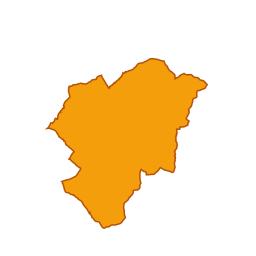 outline of Agnita, Sibiu, Romania, rotated 51°
{"feature_id": "2599482B25260320092709", "entity_name": "Agnita", "entity_type": "district", "adm_level": 2, "iso_a3": "ROU", "parent_name": "Romania", "parent_adm1": "Sibiu", "projection": "orthographic", "projection_center": [24.621, 46.003], "detail": "fine", "context": "isolated", "style": "filled", "palette": "amber", "viewbox_px": 256, "rotation_deg": 51, "n_neighbors": 0, "source": "geoboundaries", "source_scale": "gbopen_adm2", "svg_char_len": 5783}
<svg xmlns="http://www.w3.org/2000/svg" viewBox="0 0 256 256"><g transform="rotate(51 128 128)"><path d="M191.1,209.0L191.3,207.8L191.3,206.9L191.5,206.3L192.4,205.7L192.7,205.2L192.8,203.4L193.0,202.3L193.7,200.8L195.0,199.4L195.5,198.6L196.5,196.3L197.4,193.8L197.3,191.8L196.7,190.3L196.2,187.1L195.8,186.3L193.1,185.3L191.5,184.2L189.7,182.8L188.8,182.5L187.0,181.4L186.1,180.7L184.4,178.7L184.0,177.8L183.9,173.2L183.7,172.3L183.1,171.8L182.8,171.1L182.7,170.9L183.1,170.2L183.1,169.9L182.8,169.5L182.5,168.6L182.6,167.8L182.3,166.2L181.8,165.0L180.1,163.3L180.2,162.6L180.9,161.1L181.9,160.1L182.2,159.5L182.3,157.4L181.2,155.7L180.6,155.3L179.9,154.9L179.4,154.0L179.1,152.9L178.8,152.6L175.9,151.3L173.6,149.6L172.5,148.6L171.3,147.9L170.4,147.0L169.9,146.1L169.1,145.3L168.5,143.9L171.5,143.2L171.6,142.9L172.8,142.2L173.7,142.0L174.4,142.0L175.9,143.2L177.1,141.7L179.1,138.5L180.2,137.3L180.3,135.7L180.1,133.1L180.1,132.5L180.3,132.4L180.1,132.0L180.1,131.7L179.1,127.8L183.9,125.9L187.1,123.4L189.0,122.2L190.2,121.7L190.7,121.1L190.7,119.9L190.2,119.5L189.5,118.1L189.0,117.6L188.7,116.9L188.0,116.0L186.3,115.2L184.6,114.1L184.2,113.4L183.8,113.2L183.4,112.7L183.4,112.3L182.8,111.7L182.0,111.3L181.7,110.7L180.9,110.1L180.7,109.6L180.4,109.7L179.9,109.3L179.6,109.4L179.1,109.3L178.7,109.0L178.8,108.6L178.5,107.9L178.2,107.9L177.8,107.4L177.0,107.2L176.5,106.9L175.9,106.8L175.8,106.2L175.2,105.9L174.8,105.4L174.9,104.9L174.8,104.6L174.7,103.8L174.5,103.5L174.4,102.9L173.1,101.7L173.1,101.4L172.1,100.6L172.1,100.4L171.4,100.1L170.2,99.3L168.6,99.0L168.4,99.2L168.1,99.1L168.1,98.8L167.4,98.1L166.8,98.0L166.0,97.0L165.2,96.7L165.2,96.4L164.5,95.7L164.5,95.2L164.0,95.2L163.8,94.5L163.3,94.3L163.4,94.0L163.3,93.7L163.1,93.7L162.4,92.7L161.7,92.5L161.2,92.0L160.6,91.7L159.5,90.9L161.5,88.6L160.6,87.5L160.0,87.1L161.3,85.1L161.8,84.6L162.5,83.2L163.4,79.8L163.3,79.5L162.2,78.8L161.9,78.3L161.7,77.2L161.4,77.0L161.0,76.2L160.4,76.3L158.9,76.9L157.9,76.9L157.2,76.6L156.7,75.7L156.6,75.2L154.8,71.3L154.2,70.6L152.9,69.6L152.5,69.5L151.8,69.5L151.4,67.9L151.2,66.2L150.8,64.8L148.9,62.3L148.6,61.7L148.1,61.1L146.7,59.9L146.4,58.7L146.6,57.8L147.2,56.1L147.2,55.7L147.2,55.2L147.0,54.8L143.8,52.3L142.7,50.7L142.9,50.2L143.9,48.8L144.8,45.3L145.3,44.5L145.5,43.8L145.5,42.6L144.6,41.0L144.2,39.2L139.8,39.4L138.5,39.7L137.9,40.2L137.4,40.8L136.0,41.6L135.6,41.8L134.6,41.7L133.3,41.9L132.6,42.3L131.6,43.2L131.3,43.4L130.9,44.0L130.4,44.5L128.8,45.0L127.6,44.9L126.1,45.5L125.6,46.1L124.4,47.9L123.3,49.1L121.5,50.1L120.9,50.1L120.8,50.3L119.8,55.0L120.4,55.5L119.9,58.0L119.5,58.9L119.5,60.6L119.3,60.6L118.5,59.8L116.4,58.2L115.7,58.4L114.5,58.3L111.3,58.9L110.2,59.4L108.1,59.5L106.0,59.2L105.7,59.1L105.2,58.6L103.6,58.9L101.6,58.9L98.6,57.9L96.9,59.6L94.8,61.0L94.1,61.3L93.0,62.1L89.5,65.4L88.6,66.6L88.1,67.9L87.7,71.1L87.0,73.7L86.5,75.9L85.3,77.6L84.5,79.4L84.5,80.2L84.8,81.4L85.1,82.9L85.4,83.6L85.4,84.1L85.2,85.2L85.5,86.9L85.5,87.7L84.8,89.6L84.7,90.3L84.1,91.0L84.1,91.6L83.8,92.3L83.8,92.8L83.5,93.4L83.5,93.9L83.3,94.2L82.9,94.2L82.6,94.5L82.8,94.7L82.7,95.1L83.2,95.8L83.2,96.2L82.6,96.9L81.9,97.1L82.1,97.5L82.7,98.0L83.1,99.3L83.4,99.9L84.0,100.6L83.8,101.4L84.0,101.8L84.2,103.0L84.0,103.3L83.9,103.8L84.6,104.4L84.3,105.9L84.5,106.4L84.3,106.8L84.3,107.2L84.6,107.8L84.3,109.1L84.4,109.5L84.9,109.7L84.9,110.0L84.3,110.2L84.4,110.4L84.5,110.9L84.2,111.2L84.2,111.5L84.4,111.7L84.7,112.4L84.4,112.9L84.8,113.3L84.6,114.0L84.6,114.5L84.4,114.9L84.6,115.3L84.5,115.9L84.2,116.2L85.1,117.0L84.8,117.3L84.9,117.9L71.3,116.0L70.4,115.4L70.3,115.8L69.8,116.7L69.4,117.7L69.0,119.7L69.5,121.1L70.2,121.9L70.0,122.6L69.2,123.3L67.9,126.2L68.0,126.5L68.3,127.5L68.4,128.0L68.2,128.7L67.8,129.4L67.7,131.5L67.4,132.7L67.3,133.0L65.2,135.3L64.2,135.8L63.5,136.5L63.2,137.2L62.5,138.8L62.2,139.2L62.0,140.1L61.1,141.9L59.9,143.5L59.9,144.2L60.0,145.5L59.8,145.9L59.3,146.3L59.3,146.5L59.0,147.2L58.6,147.4L58.7,147.8L59.3,148.0L59.5,148.9L61.0,150.1L62.1,151.2L64.2,152.0L65.0,152.5L66.7,153.2L67.4,153.9L67.5,154.5L67.4,154.9L67.8,157.3L68.0,160.2L68.8,162.1L70.0,164.1L71.4,164.1L71.9,164.8L72.1,165.2L71.7,165.3L71.9,166.0L71.7,166.1L71.9,166.6L71.8,166.8L72.1,167.5L72.3,169.5L73.5,170.4L72.7,171.1L73.1,171.6L73.1,172.4L73.4,173.2L74.5,175.0L75.1,175.4L76.8,177.4L76.6,177.7L76.1,177.9L75.8,177.8L75.1,177.9L74.8,178.4L75.5,179.9L76.4,180.9L76.5,183.1L76.9,183.7L75.4,184.7L76.1,185.9L76.1,186.1L76.7,187.4L76.8,187.9L77.5,189.2L77.5,191.1L78.4,189.7L78.5,189.4L83.9,186.2L86.3,186.1L87.5,186.5L88.3,186.3L91.4,187.1L92.7,186.7L94.9,186.4L96.3,185.4L96.7,185.5L97.3,186.1L97.6,186.2L98.4,185.6L99.3,185.4L100.0,185.8L100.8,186.5L101.1,186.5L102.3,186.7L104.8,185.8L105.2,185.8L105.8,186.0L106.6,185.8L107.9,185.3L109.5,185.2L112.5,184.8L112.8,185.5L112.7,186.9L113.7,189.8L114.8,192.0L114.8,193.3L115.0,193.5L115.9,192.8L116.4,192.6L117.6,192.7L120.0,192.2L120.8,192.2L121.4,192.0L122.1,191.6L123.4,191.8L126.0,191.3L128.5,190.6L129.5,190.0L130.3,191.1L130.8,192.5L130.9,193.1L132.0,196.3L132.6,198.7L131.9,202.4L131.3,205.0L129.6,208.7L128.0,212.8L128.2,212.7L128.6,212.9L129.5,213.7L130.6,213.7L131.1,214.1L131.7,214.2L133.9,215.2L134.9,215.5L135.5,215.9L135.9,216.4L136.8,216.3L138.0,216.8L139.2,216.6L141.1,214.8L142.3,214.7L142.8,214.4L143.4,214.2L144.8,213.3L145.7,212.9L145.8,212.3L146.8,212.3L148.8,212.0L150.2,211.5L152.2,211.4L155.2,210.3L157.9,210.5L159.5,211.0L165.3,210.9L167.1,211.2L167.9,211.5L168.5,211.4L169.3,210.8L169.2,211.2L169.5,211.3L169.5,211.7L170.4,211.9L170.6,212.3L170.6,212.0L170.9,211.8L171.1,211.5L171.8,211.4L173.0,211.6L175.1,212.3L175.6,211.9L178.9,212.1L179.9,211.9L180.6,211.5L182.7,209.7L183.0,209.6L188.4,210.4L189.4,210.4L190.6,209.8L191.1,209.0Z" fill="#f59e0b" stroke="#b45309" stroke-width="1.5"/></g></svg>